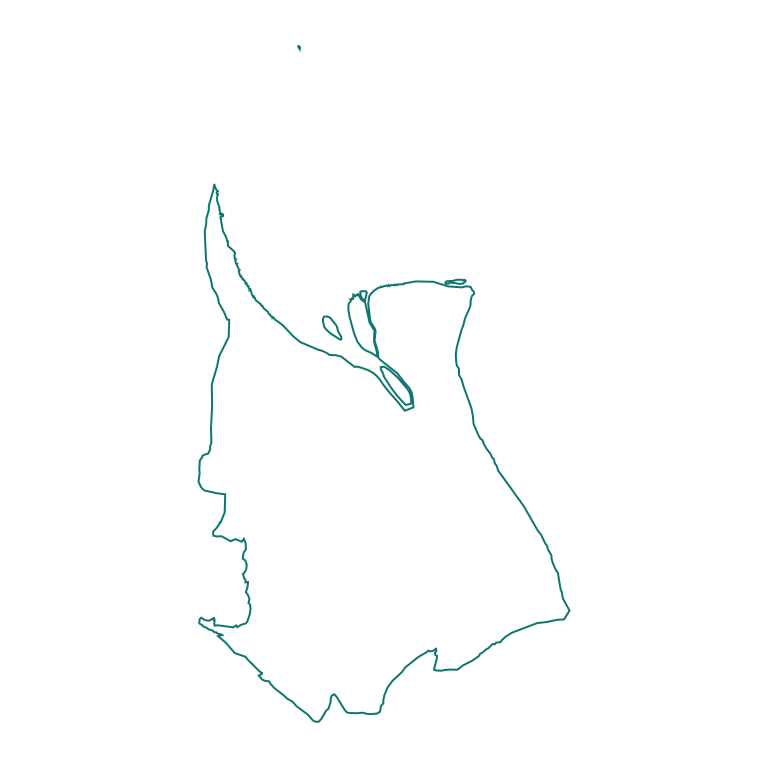 the district of Rokan Hilir, Riau, Indonesia
{"feature_id": "22746128B71759944188311", "entity_name": "Rokan Hilir", "entity_type": "district", "adm_level": 2, "iso_a3": "IDN", "parent_name": "Indonesia", "parent_adm1": "Riau", "projection": "natural_earth1", "projection_center": [100.629, 2.071], "detail": "fine", "context": "isolated", "style": "outline", "palette": "teal", "viewbox_px": 768, "rotation_deg": 0, "n_neighbors": 0, "source": "geoboundaries", "source_scale": "gbopen_adm2", "svg_char_len": 6127}
<svg xmlns="http://www.w3.org/2000/svg" viewBox="0 0 768 768"><path d="M564.1,619.4L569.5,610.6L562.8,598.2L561.8,592.1L560.7,589.9L557.9,573.0L555.4,569.2L552.5,562.2L551.4,557.8L551.5,555.5L547.9,549.3L547.2,546.1L545.2,543.4L541.4,535.3L537.5,530.1L523.8,506.2L498.1,470.5L496.8,466.0L495.0,463.6L493.6,458.7L492.1,457.6L490.5,453.8L487.1,449.6L483.4,443.3L483.4,442.1L482.2,439.9L480.2,438.5L478.1,434.5L473.6,424.0L472.8,415.6L471.4,408.2L463.9,387.5L461.5,379.2L459.0,375.0L459.0,368.8L456.9,365.7L456.1,360.9L455.8,353.9L456.9,346.8L461.3,330.5L463.2,325.5L465.2,317.9L469.7,307.8L470.6,304.7L470.6,300.9L471.6,296.9L472.2,295.6L474.2,293.7L473.6,291.3L472.2,290.1L470.8,287.2L468.8,286.5L465.5,286.4L462.1,287.4L448.1,286.4L433.4,281.8L416.1,281.4L404.3,283.4L404.3,283.9L402.8,284.3L397.8,284.4L397.2,285.1L395.1,284.5L394.9,285.3L391.0,285.0L389.4,286.1L388.6,285.1L387.5,286.1L386.3,285.5L381.8,287.0L381.0,286.6L380.8,287.2L378.2,287.9L374.3,290.5L370.9,293.8L369.3,296.2L368.2,303.5L370.1,319.6L370.9,322.6L374.6,328.2L375.6,331.1L374.6,340.7L377.8,351.5L378.3,357.5L380.3,359.8L397.5,373.5L404.2,382.3L409.3,387.9L411.6,392.4L412.6,396.9L413.4,407.4L404.8,410.7L397.9,402.0L389.6,392.7L383.2,384.6L379.7,379.3L376.1,375.4L372.8,372.7L367.8,370.0L361.2,367.7L356.7,366.5L354.7,367.0L341.6,356.8L336.0,355.2L329.3,354.9L328.4,353.9L322.8,351.1L317.9,349.6L300.4,342.2L293.3,336.4L283.1,325.6L277.6,321.2L275.1,319.8L273.4,317.5L272.4,318.1L272.0,316.6L270.9,316.1L270.0,314.5L269.1,314.3L267.7,311.7L263.4,308.0L262.9,306.6L261.1,305.2L261.1,304.5L255.7,300.2L254.9,297.9L254.0,297.6L254.0,296.9L253.5,297.1L253.5,296.2L252.9,296.2L251.9,294.6L251.0,291.1L250.5,290.7L250.6,289.9L250.2,289.3L249.8,289.6L250.0,288.9L248.8,288.5L248.5,286.6L247.9,286.4L248.2,285.9L247.0,285.1L246.6,283.7L245.9,283.7L246.2,283.0L245.4,282.7L244.4,280.4L243.1,279.6L242.8,278.5L242.1,278.5L241.3,276.9L240.7,277.7L241.1,275.9L239.9,275.5L238.9,271.5L239.3,270.8L238.9,270.9L239.1,269.8L236.8,265.1L237.4,263.9L236.0,263.4L235.6,262.2L235.3,260.2L235.9,259.3L235.0,259.2L234.8,258.5L234.4,255.5L235.2,253.5L234.5,252.8L234.4,251.6L227.9,245.9L227.9,241.4L227.3,241.4L226.2,237.2L223.0,231.3L220.9,219.9L221.1,219.1L220.4,218.0L220.7,216.8L222.9,216.3L223.0,215.7L222.5,215.6L222.9,214.7L221.7,214.5L222.4,214.2L222.3,213.9L221.3,214.3L221.0,213.9L220.5,214.4L219.8,213.7L220.3,212.3L219.3,209.5L219.6,208.0L217.1,200.6L217.1,196.6L218.0,194.5L216.7,193.8L216.6,193.1L218.0,191.2L217.7,190.8L216.9,191.0L214.7,186.1L214.3,184.0L213.2,190.5L208.8,205.8L208.8,210.4L206.4,218.2L206.2,224.1L204.7,231.5L206.1,260.7L207.0,263.3L206.6,267.3L210.9,279.6L212.4,287.8L216.1,293.4L218.1,298.3L218.7,302.6L223.9,311.9L227.2,319.5L229.2,319.9L228.7,337.0L219.2,356.0L217.0,366.7L211.8,384.4L212.1,406.5L211.0,428.5L211.4,442.5L210.1,446.5L210.2,449.3L208.1,453.6L203.6,455.0L202.5,455.8L202.3,457.2L199.8,460.6L199.3,469.8L199.7,473.2L198.5,481.6L200.8,486.8L202.4,488.8L205.0,490.6L217.1,493.3L225.2,494.3L224.7,512.4L221.0,521.6L219.9,522.5L220.3,522.7L216.4,528.2L213.0,531.8L213.4,535.7L217.1,536.5L221.5,536.2L230.6,541.2L235.5,539.1L241.7,541.7L243.9,538.8L245.7,543.5L245.9,549.7L243.7,552.3L242.7,558.6L245.4,560.5L246.7,564.6L246.4,568.4L245.1,571.7L242.9,574.1L244.3,578.4L245.5,579.8L245.5,582.4L248.0,582.0L247.6,586.7L245.9,592.3L247.6,594.3L249.4,598.6L248.5,603.1L249.5,603.8L250.2,605.5L250.5,608.3L249.9,613.7L247.5,621.1L246.1,623.3L240.9,624.9L237.3,627.2L236.2,625.4L233.3,627.3L217.8,625.3L214.6,625.6L214.3,623.8L214.6,619.6L214.2,618.9L213.9,619.2L214.0,618.2L212.9,618.4L209.5,620.6L207.5,620.6L204.3,619.8L201.3,617.7L199.8,619.0L199.1,622.9L200.1,624.0L202.2,625.0L203.3,626.5L206.2,627.5L208.4,629.2L213.1,630.8L214.3,632.3L216.0,632.2L217.6,633.6L221.9,634.7L222.3,635.0L218.1,636.2L225.7,642.6L234.8,653.1L245.6,656.8L247.7,659.6L260.0,671.8L262.0,672.9L261.9,673.9L258.8,675.6L262.2,679.5L265.4,681.0L269.1,681.3L270.4,683.7L274.4,688.2L283.2,694.9L286.9,698.4L292.8,701.9L296.5,706.2L308.1,714.8L312.7,720.2L314.3,721.3L317.7,721.9L319.1,721.4L321.7,718.4L326.1,710.7L328.5,708.7L330.6,702.2L330.8,697.8L332.0,695.4L334.4,694.3L336.9,697.2L344.7,710.0L346.9,712.3L349.0,713.0L356.8,713.2L362.9,712.7L366.6,713.8L370.7,714.1L377.2,713.5L380.0,711.7L381.0,705.9L383.3,703.3L383.3,700.3L384.4,695.0L387.7,687.3L392.5,680.8L402.0,672.0L405.2,667.5L418.0,657.2L427.4,651.7L428.5,650.6L430.4,651.4L433.6,650.6L435.5,649.2L436.1,647.9L435.9,649.6L436.4,650.8L434.7,653.5L435.4,655.0L437.1,655.9L436.7,659.0L434.0,669.6L436.3,670.5L442.3,670.7L443.6,670.1L450.7,669.5L456.4,669.8L458.5,669.0L462.4,665.7L472.5,660.5L478.8,656.1L480.3,653.6L482.6,652.5L486.1,649.4L488.4,648.2L492.4,644.1L494.8,644.3L495.9,642.8L500.6,642.0L501.7,640.3L505.6,636.7L511.7,632.8L537.2,623.1L547.6,621.9L556.4,619.9L564.1,619.4ZM361.0,299.4L358.3,294.5L357.5,295.1L357.2,294.5L356.3,295.2L355.6,294.8L355.9,295.1L355.7,295.5L355.3,294.6L355.3,296.1L354.0,296.4L353.8,295.7L353.5,296.4L353.2,295.9L353.1,298.1L352.5,297.6L352.9,298.6L351.9,298.5L352.0,299.3L351.5,299.8L350.5,299.6L350.9,300.3L350.5,301.6L349.1,303.2L348.4,305.2L348.4,309.7L349.5,316.6L354.1,333.5L357.4,341.6L361.7,347.5L365.1,350.1L371.7,353.1L376.8,356.4L377.2,354.9L376.8,351.6L373.9,341.2L374.5,330.6L369.6,322.7L365.1,302.4L361.0,299.4ZM410.6,403.9L411.1,403.0L411.2,399.8L410.4,395.1L409.3,391.8L406.9,388.4L397.5,377.3L389.3,370.0L384.2,366.7L380.7,367.1L381.0,369.6L383.3,373.9L383.9,376.7L391.9,388.9L397.6,396.3L405.5,404.9L410.6,403.9ZM326.7,316.4L323.9,316.7L323.0,319.0L323.0,321.6L324.3,327.1L326.9,330.2L330.9,333.7L339.8,339.4L341.3,339.4L341.3,337.0L338.2,331.5L336.6,325.8L330.0,317.6L326.7,316.4ZM461.6,279.7L456.9,279.8L452.4,280.9L447.2,281.2L446.2,281.5L445.3,282.9L446.3,283.7L448.6,283.6L450.1,282.7L453.0,282.7L459.6,284.0L463.3,283.4L464.6,281.8L465.6,281.5L465.7,280.8L465.1,280.1L464.0,279.8L462.6,280.4L461.6,279.7ZM365.9,291.3L362.8,291.1L360.4,291.6L360.3,293.2L360.9,296.1L362.2,298.8L365.1,300.3L366.8,292.5L365.9,291.3ZM299.2,46.1L298.3,46.1L298.3,46.8L299.8,49.2L300.0,47.5L299.2,46.1Z" fill="none" stroke="#0f766e" stroke-width="2"/></svg>